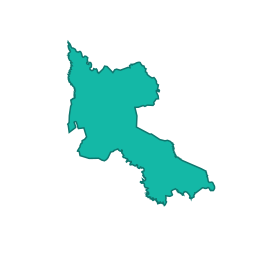 the district of Bougouni, Sikasso, Mali, rotated 317°
{"feature_id": "8926073B95704920034733", "entity_name": "Bougouni", "entity_type": "district", "adm_level": 2, "iso_a3": "MLI", "parent_name": "Mali", "parent_adm1": "Sikasso", "projection": "equal_earth", "projection_center": [-7.39, 11.295], "detail": "fine", "context": "isolated", "style": "filled", "palette": "teal", "viewbox_px": 256, "rotation_deg": 317, "n_neighbors": 0, "source": "geoboundaries", "source_scale": "gbopen_adm2", "svg_char_len": 5902}
<svg xmlns="http://www.w3.org/2000/svg" viewBox="0 0 256 256"><g transform="rotate(317 128 128)"><path d="M127.5,45.1L126.4,45.5L126.6,46.0L126.5,46.4L125.4,45.8L124.4,46.4L124.3,47.0L123.7,46.4L123.2,47.3L122.4,47.2L122.4,47.6L123.0,48.1L122.7,48.4L122.1,48.8L121.4,48.5L120.8,48.8L120.6,48.4L120.2,50.0L119.1,49.9L118.7,50.4L118.3,51.9L117.7,51.6L117.3,53.0L117.0,53.0L116.5,54.3L117.0,54.5L116.6,55.1L116.8,55.5L116.6,56.1L116.7,56.7L116.0,57.0L115.9,57.6L116.7,57.8L116.4,58.6L116.6,59.1L116.2,59.7L116.4,61.9L115.8,62.3L116.0,62.7L115.4,63.1L115.4,63.7L114.6,64.1L114.7,65.0L113.4,65.5L113.1,65.2L112.8,66.1L112.1,66.2L111.4,66.9L111.9,66.9L111.8,67.7L110.6,68.5L110.4,69.1L110.1,69.4L109.8,69.0L109.5,69.7L109.0,69.7L108.2,69.0L107.4,68.9L107.2,69.2L106.1,68.9L106.0,68.6L105.2,68.6L102.9,72.2L100.8,73.1L93.6,78.9L88.6,83.9L86.5,84.1L86.2,85.2L82.0,91.1L90.0,91.9L90.7,91.0L92.0,88.3L92.3,87.2L93.0,86.9L93.9,87.4L94.3,88.3L92.7,91.9L92.0,92.7L91.4,94.6L95.8,97.8L91.6,106.3L88.5,106.7L85.8,106.0L84.2,107.6L83.0,107.4L81.0,108.2L80.2,109.0L75.7,110.2L75.3,110.5L76.2,111.5L76.3,111.9L74.1,115.5L78.9,123.8L85.9,130.1L87.0,133.7L88.4,135.9L90.8,136.4L93.0,136.1L98.9,133.8L101.5,135.2L102.5,134.9L106.3,136.4L106.1,137.6L106.5,139.5L107.1,140.3L108.4,139.9L108.5,140.4L106.5,141.9L106.6,142.8L106.2,145.1L105.3,145.1L104.9,145.6L104.6,145.6L104.6,146.5L105.4,147.6L106.1,150.1L106.4,150.0L106.5,150.6L106.4,150.9L103.9,151.3L103.7,151.8L105.8,152.2L106.3,153.4L107.5,154.7L106.8,155.5L105.8,155.3L104.5,156.1L104.5,156.5L106.3,157.7L107.3,160.7L109.3,160.8L109.6,161.6L109.3,162.1L108.6,162.1L108.2,162.9L108.3,164.6L108.9,165.4L109.4,165.5L110.1,165.0L110.8,165.1L110.7,166.7L111.8,167.1L111.8,168.9L110.5,170.3L108.5,169.4L108.1,169.7L108.0,170.0L108.3,171.0L107.3,172.4L107.3,173.1L106.5,172.9L106.3,173.5L106.6,174.6L106.0,175.0L106.1,175.7L106.8,176.2L106.7,176.7L106.2,176.9L105.6,177.9L104.4,178.0L104.1,177.5L103.8,175.5L103.4,176.3L103.4,177.5L101.4,176.8L100.7,175.8L100.2,176.0L100.3,177.6L101.8,178.9L101.7,180.3L100.5,181.4L100.0,183.5L101.0,184.5L101.6,185.8L98.9,185.7L98.8,187.1L99.0,187.9L97.6,188.4L97.2,188.2L97.5,188.7L98.9,189.0L98.8,189.6L98.3,190.3L97.8,190.5L97.0,189.3L95.9,189.1L95.7,190.8L95.1,190.5L95.5,191.9L95.4,192.6L96.7,192.9L97.2,193.9L96.4,194.0L96.0,195.0L97.6,196.2L97.9,195.9L98.5,196.1L98.6,196.5L98.3,197.0L97.5,197.1L96.8,196.8L96.9,198.0L97.2,198.1L97.7,197.7L98.6,198.1L98.6,198.9L98.8,199.2L99.6,198.7L100.2,199.1L99.4,199.9L99.5,200.5L98.9,200.9L98.8,202.7L99.3,202.5L99.3,202.8L98.9,203.4L98.5,203.0L98.1,203.6L99.3,204.3L100.0,203.7L100.9,204.1L101.2,204.3L101.0,204.7L100.5,204.4L100.3,204.5L100.3,204.9L101.1,205.2L101.7,206.7L102.9,206.3L102.7,206.9L102.1,207.3L102.2,208.2L101.7,209.4L102.8,209.5L105.8,208.3L106.1,206.7L107.8,205.4L109.4,203.3L112.0,206.5L114.2,207.3L115.0,207.1L115.8,204.9L116.4,203.9L117.0,203.6L118.7,203.9L121.3,204.9L121.3,206.2L121.8,206.9L121.1,207.3L121.0,208.0L121.4,208.3L120.9,208.5L121.3,209.3L121.0,209.6L121.6,210.1L121.8,211.5L122.2,211.5L122.2,212.3L122.6,212.6L122.5,213.8L122.1,213.8L122.2,214.3L122.8,214.2L123.0,214.8L123.5,213.8L125.1,213.1L125.8,213.5L126.4,213.4L127.3,215.0L127.4,217.7L126.9,220.2L125.4,221.1L125.4,221.6L126.2,222.3L126.0,222.7L126.6,222.3L127.3,223.1L128.3,223.0L128.9,223.5L129.6,223.1L130.2,222.1L132.1,221.7L132.7,221.0L133.5,221.7L141.7,222.5L142.4,223.2L142.9,224.4L143.6,225.2L144.5,225.8L145.7,225.9L146.1,226.3L146.3,227.6L145.7,229.4L145.9,230.5L146.7,230.6L147.4,231.8L148.6,231.8L150.3,231.1L151.5,229.6L152.7,225.5L152.2,224.6L150.2,223.2L150.4,221.5L152.2,218.9L152.7,217.3L153.6,217.2L153.8,215.6L154.8,214.3L154.9,213.4L155.6,212.8L153.7,207.5L145.8,189.4L145.1,187.4L145.4,186.8L144.9,186.4L145.0,186.0L144.8,185.6L145.0,185.3L144.4,183.8L144.6,183.5L143.8,182.1L143.0,182.1L143.0,181.8L143.1,180.9L143.7,180.5L144.1,180.7L144.1,179.9L143.8,179.8L144.5,179.7L144.4,179.1L145.1,178.3L144.8,177.2L145.5,176.8L146.0,175.3L146.5,175.2L147.1,174.6L146.4,174.5L146.6,174.2L147.1,173.6L147.8,173.9L147.9,172.4L148.4,172.8L149.2,171.0L149.9,171.1L149.8,169.7L150.3,169.6L150.3,169.4L149.6,169.1L149.9,168.3L149.7,166.5L148.5,164.0L146.3,162.6L143.4,158.2L141.0,148.3L139.7,147.3L134.8,133.1L142.8,125.2L147.1,117.6L149.8,119.9L154.4,121.9L155.1,123.7L157.7,124.4L161.7,128.5L163.5,128.3L164.1,126.9L168.4,126.0L170.2,127.4L172.0,125.0L173.0,121.8L173.7,120.5L174.3,119.9L174.9,120.2L174.9,121.3L175.4,122.6L176.4,122.2L176.7,121.2L176.3,120.7L176.3,119.6L179.6,117.2L179.1,116.3L179.4,114.6L180.6,113.3L181.3,110.7L181.4,108.8L179.8,107.9L179.5,107.2L179.0,105.4L178.6,102.4L178.7,101.8L179.5,100.3L179.1,98.8L180.8,97.2L181.5,97.1L181.0,95.7L181.9,93.5L180.8,92.1L181.1,90.9L181.0,90.0L181.5,88.7L181.4,88.0L180.3,87.0L178.7,86.2L176.2,85.5L174.9,84.6L174.3,84.8L173.8,83.6L173.4,83.9L171.8,83.4L170.6,85.3L169.4,83.7L161.8,80.5L159.8,77.2L158.1,76.4L154.7,77.2L154.6,68.8L153.1,66.8L150.2,67.8L144.5,68.0L144.7,67.7L144.4,67.3L143.8,67.2L143.8,66.3L145.0,64.4L145.1,63.1L144.1,62.7L143.4,61.2L142.0,61.9L141.0,61.6L140.5,61.1L140.2,59.5L140.4,58.9L141.2,58.1L142.8,58.4L144.7,56.5L145.3,54.7L144.8,54.0L144.3,53.7L143.6,53.7L142.6,54.7L142.1,54.0L141.8,53.3L141.9,52.6L142.5,52.0L142.7,52.3L144.0,51.9L144.4,50.7L146.5,49.1L146.1,46.8L145.4,46.0L143.8,46.0L143.2,45.3L143.4,44.3L144.8,41.8L145.3,40.2L145.2,39.4L144.6,38.9L143.4,38.7L142.6,37.5L142.4,36.3L143.1,34.6L142.5,32.4L141.6,31.3L141.6,30.3L142.6,27.8L143.0,26.0L142.7,25.0L142.9,24.2L142.3,24.6L142.1,26.0L141.4,27.1L140.8,27.5L140.4,27.0L140.1,27.2L139.7,28.3L139.1,28.7L138.9,30.0L138.6,30.1L138.4,30.9L138.7,31.4L138.2,31.7L138.2,32.6L137.1,33.1L135.3,32.8L134.3,34.1L133.8,33.9L134.1,35.0L132.8,35.3L132.6,36.2L132.2,36.5L131.5,38.7L131.9,40.0L131.3,40.8L131.4,41.8L130.6,41.2L129.9,42.4L129.6,44.3L128.9,43.7L128.5,44.3L127.4,44.6L127.5,45.1Z" fill="#14b8a6" stroke="#0f766e" stroke-width="1.5"/></g></svg>